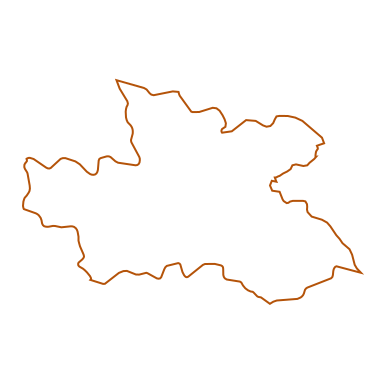 an SVG outline of Královéhradecký
{"feature_id": "CZE-1598", "entity_name": "Královéhradecký", "entity_type": "Region", "adm_level": 1, "iso_a3": "CZE", "parent_name": "Czechia", "parent_adm1": "", "projection": "natural_earth1", "projection_center": [15.778, 50.402], "detail": "fine", "context": "isolated", "style": "outline", "palette": "amber", "viewbox_px": 384, "rotation_deg": 0, "n_neighbors": 0, "source": "natural_earth", "source_scale": "10m", "svg_char_len": 3409}
<svg xmlns="http://www.w3.org/2000/svg" viewBox="0 0 384 384"><path d="M116.5,80.2L144.0,88.0L146.6,89.5L149.6,93.2L151.3,94.6L153.7,95.2L172.8,91.4L178.5,91.9L179.0,93.9L179.7,95.7L191.3,111.7L192.8,112.1L199.2,112.0L212.7,107.8L216.5,108.3L219.6,110.7L222.6,115.3L224.6,119.3L225.9,123.3L225.4,126.8L222.1,129.0L221.6,130.0L221.4,130.9L221.6,131.9L222.1,132.7L231.8,131.3L246.1,120.1L255.7,120.9L263.0,125.4L266.5,126.7L270.4,126.0L273.2,123.1L274.8,119.4L276.5,116.4L279.5,115.9L287.8,116.0L295.3,117.6L302.4,120.9L322.0,137.7L324.1,143.3L316.9,145.7L317.8,148.0L317.8,148.9L317.1,149.8L316.1,151.5L315.8,152.9L315.5,155.2L315.5,156.9L316.1,156.8L314.2,159.0L309.5,162.8L307.3,165.3L303.4,166.0L296.0,164.4L292.4,165.3L290.6,169.1L287.2,171.5L283.1,173.5L279.6,175.9L278.3,176.3L276.2,177.4L274.8,177.5L276.0,180.8L276.4,181.7L271.8,180.8L270.0,185.5L272.2,190.7L279.6,191.8L282.6,199.4L283.7,201.1L286.7,203.1L288.4,202.8L290.0,201.6L292.7,200.9L303.2,200.9L305.4,201.4L307.0,204.2L307.2,206.9L307.0,209.6L307.6,212.1L311.7,216.6L321.9,219.7L327.1,222.6L330.4,226.4L336.3,235.2L339.6,238.9L342.5,243.2L349.5,249.2L352.1,254.7L354.7,264.8L356.9,268.5L361.0,272.8L336.5,266.3L335.3,266.8L334.4,267.9L333.7,269.3L333.3,271.0L332.9,275.0L332.4,276.9L331.1,278.3L307.3,287.6L306.0,288.5L305.0,289.8L303.9,293.5L303.1,295.1L301.9,296.5L300.6,297.5L297.4,298.9L276.8,300.5L273.3,301.7L269.9,303.8L261.0,297.4L258.3,296.9L257.2,296.3L253.6,292.5L252.7,291.8L250.7,291.5L248.0,290.3L245.3,288.3L243.0,285.5L241.3,282.5L239.9,281.6L226.7,279.5L224.8,278.3L223.8,276.8L223.3,274.9L223.2,268.9L223.0,267.3L222.3,266.2L221.0,265.4L214.7,263.9L205.0,264.0L202.9,264.9L188.2,276.7L186.9,277.2L185.9,277.0L185.0,276.3L184.1,275.2L182.5,272.1L180.3,264.5L179.5,263.6L178.2,263.1L166.8,265.9L165.3,267.3L164.3,269.2L161.2,277.2L160.1,278.4L158.6,278.7L156.9,278.4L147.5,273.2L146.3,272.8L139.2,274.6L135.9,274.5L126.9,270.9L123.4,271.1L118.9,272.9L104.9,283.8L103.1,283.9L90.4,279.9L91.1,279.1L90.9,277.9L90.0,276.1L87.0,272.4L84.8,270.2L83.0,268.7L79.4,266.6L78.7,265.9L78.2,265.0L78.2,263.5L78.6,262.6L82.3,259.4L83.3,258.2L83.6,257.7L83.9,257.0L84.0,256.3L83.6,254.6L80.0,246.3L79.1,243.1L78.5,240.7L78.5,236.7L77.6,231.7L77.0,230.0L75.9,228.3L74.1,226.9L72.5,226.4L70.8,226.3L61.4,227.3L55.1,226.0L53.0,225.9L48.8,226.7L47.1,226.8L45.5,226.6L44.1,226.2L42.9,225.1L42.1,223.5L41.5,220.2L40.6,217.8L38.7,215.2L37.3,214.1L35.8,213.3L24.5,209.3L23.8,209.0L23.4,207.9L23.0,205.9L23.4,201.6L24.1,199.2L24.7,197.8L26.7,195.6L28.7,192.6L29.5,191.0L29.9,188.6L29.7,185.7L27.6,173.8L27.2,172.5L26.4,171.2L24.9,168.8L24.3,167.1L24.4,164.8L25.2,163.2L25.4,163.1L26.1,162.2L26.9,161.1L26.9,160.0L26.5,158.9L27.0,158.5L27.7,158.2L28.7,157.9L30.0,157.9L33.6,159.0L46.3,167.7L47.9,168.4L49.3,168.5L50.7,168.0L60.6,158.9L62.9,158.1L65.3,158.1L75.4,161.4L79.8,164.3L86.8,171.7L90.2,174.1L91.9,174.7L93.5,174.8L95.0,174.5L96.4,173.5L97.3,172.0L97.9,169.9L98.7,160.5L99.4,158.9L100.7,158.1L106.6,156.4L108.0,156.3L109.3,156.5L110.6,157.1L115.4,161.3L118.0,162.7L135.6,165.3L137.3,165.0L138.6,164.1L139.5,162.5L139.8,160.5L139.8,158.7L139.3,157.0L131.4,142.3L131.1,141.1L131.0,140.0L132.7,133.7L132.8,131.9L132.7,130.1L132.3,128.4L131.6,126.8L130.6,125.3L127.7,122.3L126.7,120.1L126.0,117.4L125.7,111.7L126.0,109.1L126.6,106.8L127.5,105.2L127.9,103.5L127.3,101.2L119.7,88.7L116.5,80.2Z" fill="none" stroke="#b45309" stroke-width="2"/></svg>